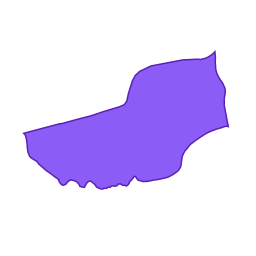 Al Mahfad, Abyan, Yemen, rotated 168°
{"feature_id": "15242507B3305834191455", "entity_name": "Al Mahfad", "entity_type": "district", "adm_level": 2, "iso_a3": "YEM", "parent_name": "Yemen", "parent_adm1": "Abyan", "projection": "equal_earth", "projection_center": [46.687, 14.009], "detail": "fine", "context": "isolated", "style": "filled", "palette": "violet", "viewbox_px": 256, "rotation_deg": 168, "n_neighbors": 0, "source": "geoboundaries", "source_scale": "gbopen_adm2", "svg_char_len": 3762}
<svg xmlns="http://www.w3.org/2000/svg" viewBox="0 0 256 256"><g transform="rotate(168 128 128)"><path d="M184.9,79.8L184.7,79.7L183.9,79.3L183.1,79.0L182.7,79.3L182.3,79.6L181.9,80.3L181.8,80.5L181.1,81.2L180.5,82.0L179.7,82.7L179.0,83.3L178.1,83.7L177.2,83.9L176.4,84.0L175.5,83.8L174.9,83.1L174.3,82.3L173.5,81.4L172.9,80.6L172.2,79.8L171.9,78.8L171.4,77.7L171.0,76.7L170.1,76.2L169.4,75.6L168.7,74.9L167.9,74.5L167.1,74.1L166.2,73.7L165.3,73.6L164.5,73.9L163.6,74.0L162.7,73.7L161.9,73.5L161.0,73.6L160.2,74.1L159.4,74.5L158.5,74.2L157.7,73.6L157.0,74.2L156.2,74.7L155.3,74.6L154.4,74.3L153.5,74.0L152.7,73.8L151.7,73.8L150.9,73.8L150.1,74.3L149.5,75.2L148.7,75.3L147.8,74.9L147.0,75.0L146.3,74.3L145.6,73.6L144.9,73.0L144.0,72.8L143.1,72.5L142.3,72.1L141.6,71.6L140.7,72.0L139.9,72.4L139.1,72.9L138.4,73.6L137.9,74.5L137.3,75.4L136.5,75.8L135.6,76.2L134.8,76.9L133.9,77.7L133.1,78.1L132.5,79.0L131.7,79.4L130.9,78.9L130.3,78.0L130.0,77.0L129.6,75.9L129.0,75.0L128.3,74.4L127.4,74.1L126.6,73.7L125.8,73.3L125.0,72.7L124.2,72.4L123.3,72.4L122.6,72.2L122.4,72.2L121.5,72.0L120.6,71.8L119.8,71.8L118.8,71.7L117.7,71.7L116.9,71.7L115.8,71.7L114.7,71.7L113.8,71.7L112.9,71.7L111.9,71.6L110.7,71.5L109.8,71.4L108.9,71.4L107.9,71.4L107.0,71.4L106.1,71.4L105.0,71.4L104.0,71.4L103.1,71.4L102.2,71.4L101.2,71.5L100.2,71.5L99.3,71.6L98.4,71.8L97.5,72.0L96.4,72.3L95.6,72.6L94.7,72.8L93.7,73.2L92.7,73.6L91.8,73.9L90.9,74.3L90.0,74.7L89.2,75.1L88.3,75.5L87.5,76.1L86.8,76.7L86.0,77.4L85.3,78.3L84.6,79.2L84.1,80.1L83.7,81.2L83.3,82.2L82.8,83.8L82.3,84.9L82.0,86.0L81.5,87.2L81.1,88.2L80.6,89.2L80.0,90.1L79.4,90.9L78.6,92.0L77.9,92.8L77.3,93.5L76.5,94.1L75.8,94.7L74.8,95.4L74.1,96.0L73.4,96.6L72.6,97.2L71.9,97.8L71.1,98.5L70.2,99.1L69.4,99.5L68.5,99.9L67.7,100.3L66.6,100.8L65.6,101.3L64.8,101.6L63.8,102.1L62.8,102.5L61.9,102.9L61.0,103.2L60.1,103.6L59.0,104.0L57.8,104.5L56.8,104.9L55.7,105.3L54.8,105.7L53.9,106.0L53.1,106.3L52.3,106.5L51.3,106.8L50.3,107.0L49.4,107.2L48.2,107.5L47.1,107.7L46.2,107.8L45.2,108.0L44.3,108.1L43.3,108.3L42.5,108.4L41.6,108.5L40.7,108.6L39.8,108.7L38.9,108.7L38.0,108.8L37.1,108.8L36.2,108.9L35.2,109.1L34.1,109.2L33.3,109.3L32.2,109.3L31.4,109.2L30.3,108.9L29.6,108.5L29.6,108.9L29.5,109.7L29.5,110.5L29.6,111.4L29.6,112.3L29.6,113.2L29.6,114.0L29.5,114.9L29.5,115.8L29.5,116.9L29.5,117.8L29.4,118.7L29.3,119.5L29.3,120.4L29.3,121.2L29.3,122.0L29.4,123.0L29.4,123.9L29.3,124.7L29.3,125.5L29.2,126.5L29.2,127.3L29.2,128.3L29.2,129.3L29.2,129.9L28.5,133.0L27.7,136.8L26.6,139.6L25.2,143.3L24.9,146.7L26.1,152.1L28.6,158.3L29.7,162.6L30.0,167.1L29.9,167.6L29.8,168.4L29.7,169.3L29.5,170.2L29.4,171.1L29.3,171.8L29.2,172.7L29.1,173.5L28.9,174.4L28.7,175.2L28.5,176.1L28.2,176.9L28.1,177.8L27.9,178.6L27.8,179.4L27.6,180.2L27.5,181.0L27.5,181.9L27.3,182.8L27.3,183.6L27.1,184.4L27.1,184.6L27.4,184.4L28.0,184.0L28.6,183.6L29.3,183.1L30.0,182.8L30.6,182.4L31.1,182.2L31.7,181.9L32.5,181.6L33.2,181.4L33.8,181.1L34.4,180.9L35.1,180.7L35.9,180.5L36.6,180.3L37.5,180.2L38.3,180.2L39.0,180.0L39.7,180.0L40.5,180.0L41.1,180.0L41.7,180.0L42.5,179.8L45.0,180.7L60.0,183.2L92.6,183.9L104.3,181.1L105.2,180.7L110.0,177.8L113.7,173.5L120.4,161.7L123.6,154.5L126.8,151.6L132.1,150.5L148.9,149.1L161.8,147.6L170.0,147.3L179.6,146.8L193.2,146.0L193.4,146.4L231.1,144.5L229.8,142.1L229.7,137.7L230.0,133.6L230.6,129.5L230.9,125.5L230.2,121.1L228.7,118.6L226.9,116.9L223.9,114.1L222.8,111.3L216.7,103.3L212.1,98.3L209.8,95.5L207.9,93.6L206.7,92.2L206.9,92.0L206.4,89.9L205.9,88.4L205.4,87.4L204.6,86.2L203.4,85.5L202.1,85.6L200.3,86.0L198.8,87.4L197.3,88.3L196.1,88.8L194.9,89.1L192.8,88.3L191.1,87.4L189.3,86.0L188.1,84.0L187.6,83.1L187.4,82.0L187.1,80.8L186.3,80.4L185.5,80.1L184.9,79.8Z" fill="#8b5cf6" stroke="#5b21b6" stroke-width="1.5"/></g></svg>